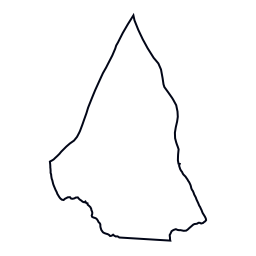 the district of Barcarena, Pará, Brazil
{"feature_id": "56859067B39464629703373", "entity_name": "Barcarena", "entity_type": "district", "adm_level": 2, "iso_a3": "BRA", "parent_name": "Brazil", "parent_adm1": "Pará", "projection": "robinson", "projection_center": [-48.636, -1.446], "detail": "fine", "context": "isolated", "style": "outline", "palette": "ink", "viewbox_px": 256, "rotation_deg": 0, "n_neighbors": 0, "source": "geoboundaries", "source_scale": "gbopen_adm2", "svg_char_len": 2362}
<svg xmlns="http://www.w3.org/2000/svg" viewBox="0 0 256 256"><path d="M170.3,240.6L170.0,239.3L170.0,237.9L169.8,236.3L169.7,235.0L170.4,233.8L171.6,231.2L173.3,230.1L174.5,229.6L175.9,229.2L177.5,229.9L179.1,230.2L180.3,230.1L183.7,230.8L185.1,230.7L186.2,230.6L187.9,229.4L188.8,228.5L193.3,224.6L194.6,224.0L195.9,223.9L197.3,223.6L198.4,222.8L199.8,222.8L201.1,223.5L203.0,223.0L204.0,222.1L205.2,221.3L206.1,220.1L205.8,218.5L204.9,216.6L202.6,212.9L201.5,210.0L200.8,208.6L200.1,207.0L199.2,205.6L198.2,203.1L196.5,199.5L195.8,197.5L194.2,194.5L193.6,192.7L192.8,190.9L192.0,189.8L191.4,188.5L190.6,185.3L189.8,183.5L189.1,182.1L188.1,180.7L187.5,179.5L186.7,178.4L185.5,176.6L183.3,174.4L182.6,173.2L182.1,172.0L181.0,170.6L180.2,169.1L179.1,165.7L179.7,163.9L178.5,163.7L177.9,160.3L178.0,156.7L178.1,154.4L178.6,149.3L177.7,146.6L176.9,144.5L176.2,142.4L175.1,138.2L174.9,132.7L175.8,127.2L177.1,121.6L177.8,116.8L177.5,111.5L176.2,105.2L173.2,99.7L172.1,97.9L168.1,92.2L164.4,87.1L163.5,84.3L162.6,78.2L161.0,69.5L158.4,63.5L155.5,60.0L153.7,57.9L147.6,48.2L145.0,43.4L142.8,39.4L138.3,29.9L134.5,20.4L133.4,15.4L127.8,24.3L122.7,33.1L117.9,42.6L116.2,45.5L115.2,48.7L112.3,55.5L107.2,65.4L106.2,67.4L102.9,73.2L99.6,80.4L95.2,90.1L92.4,96.9L88.6,106.4L88.1,107.7L86.4,113.3L84.0,120.0L82.4,124.6L80.0,131.0L79.1,132.9L77.0,136.9L74.0,140.6L70.0,143.4L66.3,146.6L61.3,151.6L60.3,152.8L59.5,153.8L57.4,155.9L54.9,158.2L53.7,159.4L52.1,160.4L49.9,161.6L50.2,164.5L50.3,166.0L50.3,167.4L50.5,169.0L50.6,170.9L50.6,172.9L51.1,174.3L51.3,176.4L51.7,178.7L52.3,180.3L53.1,183.7L53.6,185.2L55.1,188.8L55.6,190.0L56.6,191.9L57.4,194.0L59.5,197.4L60.5,198.6L61.9,199.7L63.6,200.0L64.9,198.8L66.1,198.2L67.8,197.3L70.0,197.2L71.0,198.5L72.2,198.8L73.5,198.6L74.6,198.3L75.6,197.6L77.8,197.4L78.7,198.5L79.8,199.6L81.2,200.5L82.6,201.7L84.2,202.3L85.4,201.5L86.3,203.1L87.5,203.3L87.7,204.7L89.1,205.9L90.4,207.2L91.2,208.8L91.4,210.1L92.0,211.4L92.3,212.7L92.2,214.1L91.7,215.5L92.1,216.8L93.4,217.5L94.8,217.9L96.0,218.4L97.0,219.3L97.9,220.7L98.5,222.0L99.7,223.2L100.3,224.3L100.4,226.8L100.8,228.3L101.4,230.1L103.0,232.3L104.4,233.1L106.4,233.8L107.6,234.1L108.9,234.8L110.1,236.0L111.7,235.7L113.1,234.7L114.4,235.8L115.9,236.5L117.1,236.3L118.2,236.7L119.3,237.5L153.6,239.6L156.8,239.8L170.3,240.6Z" fill="none" stroke="#020617" stroke-width="2"/></svg>